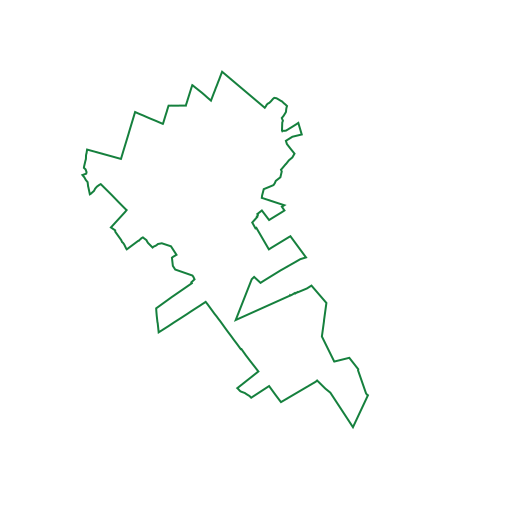 the district of Mocochá, Yucatán, Mexico, rotated 138°
{"feature_id": "50627088B81150073591621", "entity_name": "Mocochá", "entity_type": "district", "adm_level": 2, "iso_a3": "MEX", "parent_name": "Mexico", "parent_adm1": "Yucatán", "projection": "orthographic", "projection_center": [-89.453, 21.144], "detail": "fine", "context": "isolated", "style": "outline", "palette": "green", "viewbox_px": 512, "rotation_deg": 138, "n_neighbors": 0, "source": "geoboundaries", "source_scale": "gbopen_adm2", "svg_char_len": 4218}
<svg xmlns="http://www.w3.org/2000/svg" viewBox="0 0 512 512"><g transform="rotate(138 256 256)"><path d="M330.8,432.3L330.9,430.5L330.9,429.4L331.6,426.4L331.7,423.6L334.3,419.9L334.5,419.4L338.2,413.0L337.8,412.9L337.2,412.8L332.8,412.8L330.4,413.7L327.7,414.0L325.0,413.7L324.9,413.7L323.3,413.3L323.1,410.6L323.1,410.2L322.4,397.7L322.1,388.6L321.7,380.4L321.5,376.9L321.4,376.8L321.4,376.7L323.9,376.3L344.7,374.3L343.5,369.3L344.2,368.4L344.4,367.9L345.5,358.1L346.2,355.9L346.0,354.9L346.1,353.9L346.2,352.9L347.5,348.4L347.6,347.4L333.6,346.1L332.7,345.7L331.9,345.9L330.5,345.8L329.3,345.9L327.6,345.5L327.5,344.9L327.4,344.2L326.8,341.1L327.1,340.1L327.3,339.2L327.5,338.0L327.5,337.8L327.3,333.9L327.2,331.5L326.0,331.5L324.9,331.2L324.4,331.0L324.2,330.9L323.7,330.8L323.3,330.7L322.8,330.6L320.8,330.5L319.0,329.4L317.5,328.5L314.7,323.6L312.7,320.1L314.3,310.1L318.3,310.9L319.6,311.0L324.4,304.3L325.1,300.0L319.7,290.2L316.3,284.0L316.5,282.4L317.3,279.8L321.7,279.7L321.9,278.7L332.0,280.0L341.2,281.2L344.3,281.6L345.6,281.8L346.6,281.9L365.2,283.9L366.9,281.8L369.7,278.1L373.5,272.8L373.9,272.0L379.4,264.4L370.6,262.9L368.3,262.5L361.4,261.5L353.0,260.1L346.2,259.0L341.9,258.4L338.1,257.8L333.2,257.0L330.9,256.6L328.7,256.3L326.3,255.9L324.1,255.6L324.3,252.5L325.3,242.8L325.5,241.0L325.7,237.3L326.0,234.5L326.2,231.5L326.8,226.1L327.1,223.5L327.6,218.6L328.0,213.9L328.2,211.8L328.5,209.2L328.7,206.9L328.9,204.4L329.1,202.1L329.5,198.5L329.6,197.5L329.6,196.8L329.1,196.6L329.3,194.9L330.0,189.0L330.2,186.3L330.4,184.0L330.5,182.9L331.5,168.6L358.3,170.3L358.2,168.9L358.2,166.5L357.9,165.3L356.0,161.7L355.6,160.0L355.0,157.9L354.5,156.3L354.4,153.9L333.3,150.6L334.4,140.1L335.1,132.2L335.2,130.7L295.7,122.6L293.9,122.6L293.9,121.9L293.9,121.7L293.8,121.4L293.2,111.0L292.2,104.7L298.5,63.9L266.0,77.6L266.3,78.9L266.1,80.4L256.7,102.7L255.8,103.4L254.8,117.9L268.5,125.2L268.5,125.4L268.4,125.5L260.9,152.1L248.7,162.4L248.6,162.6L235.1,174.0L234.6,196.9L239.9,197.8L249.3,201.1L249.3,201.4L252.0,201.9L251.9,202.5L255.1,203.1L256.9,203.6L257.0,203.8L257.0,204.1L257.4,204.0L257.6,204.0L257.8,204.0L313.9,222.0L274.7,241.6L271.4,241.7L270.6,233.0L268.0,232.6L265.1,232.1L247.1,228.8L245.4,228.4L225.2,224.0L219.8,221.5L217.2,247.7L238.9,251.8L242.0,252.3L236.9,276.7L237.9,276.9L236.4,283.4L228.9,284.2L228.8,284.8L228.3,284.7L227.1,285.2L226.9,286.3L221.2,285.9L222.2,274.0L207.6,271.3L204.4,270.8L203.8,275.3L201.0,274.8L203.2,278.6L212.8,295.3L211.1,296.8L205.5,300.5L200.5,298.7L196.2,297.2L195.5,297.0L193.4,297.5L191.0,298.6L188.2,298.4L185.2,298.2L180.3,301.6L179.7,303.4L178.6,303.5L172.3,304.4L172.1,304.3L167.5,305.1L165.0,305.0L163.1,304.9L158.9,306.3L158.5,313.4L158.1,318.6L156.7,321.6L149.2,320.3L140.7,315.7L135.5,326.6L137.7,326.9L142.3,327.7L149.8,329.1L151.1,330.0L152.4,331.2L152.9,331.2L152.7,331.9L147.2,337.6L145.5,338.5L144.5,341.3L141.7,341.7L137.6,342.9L137.0,343.3L135.4,344.8L134.1,345.8L132.6,346.7L132.8,349.3L133.0,350.2L133.3,353.8L133.7,354.6L134.4,357.0L135.2,359.5L136.6,361.3L138.2,361.4L141.2,361.0L143.6,360.9L145.1,361.3L146.7,361.3L148.4,360.7L150.3,360.3L157.9,415.6L159.7,414.7L163.4,412.8L165.5,411.7L167.6,410.7L169.7,409.6L171.7,408.6L173.4,407.8L174.9,407.0L176.4,406.2L177.5,405.7L185.5,401.6L186.1,406.2L186.5,410.0L187.0,413.8L188.3,421.5L188.9,425.2L188.9,425.3L189.0,425.6L191.5,424.2L200.3,419.0L201.8,418.1L202.4,417.8L202.8,417.5L203.3,417.2L203.8,416.9L204.4,416.6L205.0,416.2L205.5,415.9L205.8,415.8L206.3,415.5L206.7,415.2L207.3,414.9L207.5,414.7L214.1,420.6L216.8,423.0L218.3,424.4L218.8,424.8L219.1,425.1L219.4,425.3L220.4,426.2L222.2,425.2L223.1,424.6L223.9,424.2L224.6,423.7L225.4,423.2L228.5,421.4L230.0,420.5L230.5,420.2L235.0,417.5L236.5,416.6L236.8,416.5L238.2,419.5L239.2,421.7L239.4,422.1L239.5,422.4L240.6,424.7L242.4,428.4L243.1,429.9L244.7,433.4L245.7,435.7L247.5,439.4L248.9,442.5L249.5,443.9L260.4,437.3L267.8,432.8L268.4,432.4L278.0,426.6L279.0,426.0L284.0,423.0L291.2,418.6L291.4,418.5L296.8,427.0L310.3,448.1L313.4,445.6L313.7,445.5L315.0,444.5L317.1,442.3L317.8,441.7L319.5,440.6L323.8,437.6L324.9,436.7L324.7,434.4L325.8,431.7L327.1,430.8L330.8,432.3Z" fill="none" stroke="#15803d" stroke-width="2"/></g></svg>